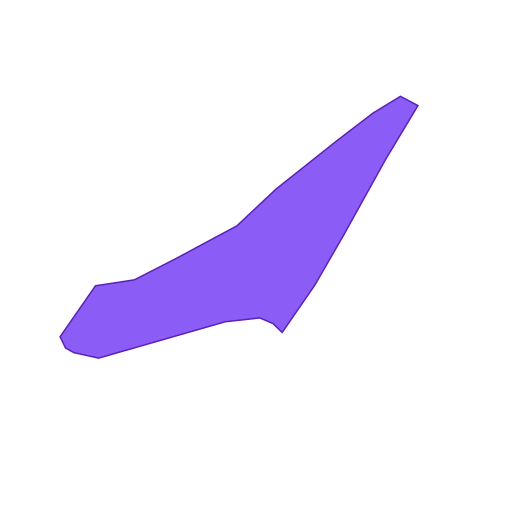 Vieux Fort, Equal Earth projection, rotated 64°
{"feature_id": "LCA-5086", "entity_name": "Vieux Fort", "entity_type": "Quarter", "adm_level": 1, "iso_a3": "LCA", "parent_name": "Saint Lucia", "parent_adm1": "", "projection": "equal_earth", "projection_center": [-60.953, 13.777], "detail": "fine", "context": "isolated", "style": "filled", "palette": "violet", "viewbox_px": 512, "rotation_deg": 64, "n_neighbors": 0, "source": "natural_earth", "source_scale": "10m", "svg_char_len": 429}
<svg xmlns="http://www.w3.org/2000/svg" viewBox="0 0 512 512"><g transform="rotate(64 256 256)"><path d="M336.2,266.0L324.1,270.4L313.3,279.8L301.6,312.5L278.8,442.2L263.1,462.0L255.3,467.5L242.7,467.5L212.4,413.3L224.1,375.8L223.2,329.2L220.5,259.9L204.6,208.6L187.7,132.1L178.8,88.0L177.4,73.1L175.8,56.2L191.8,44.5L225.7,96.7L276.3,169.0L307.9,215.8L336.2,266.0Z" fill="#8b5cf6" stroke="#5b21b6" stroke-width="1.5"/></g></svg>